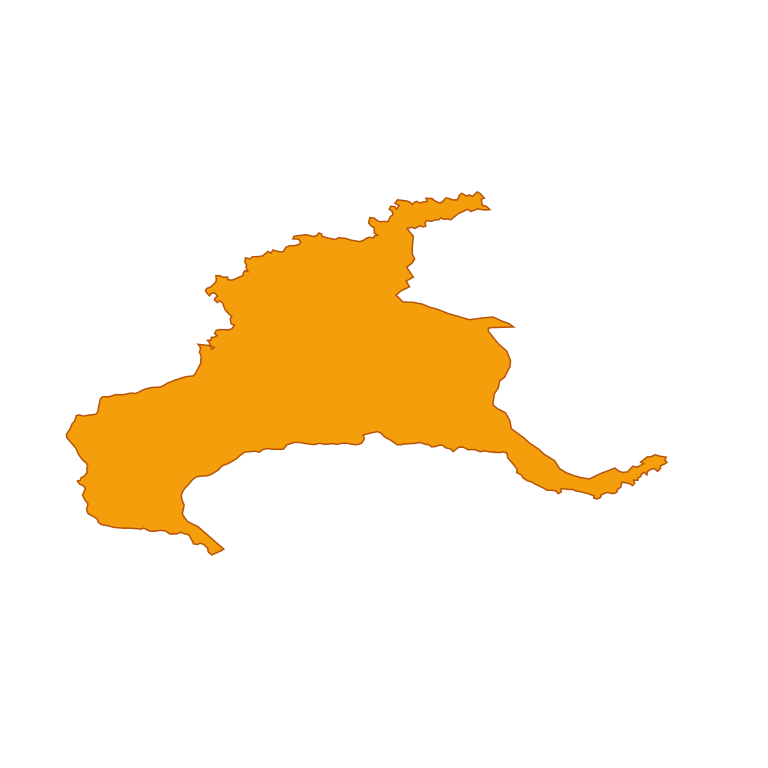 outline of Matrinchã, Goiás, Brazil, rotated 105°
{"feature_id": "56859067B90631259832996", "entity_name": "Matrinchã", "entity_type": "district", "adm_level": 2, "iso_a3": "BRA", "parent_name": "Brazil", "parent_adm1": "Goiás", "projection": "equal_earth", "projection_center": [-50.792, -15.31], "detail": "fine", "context": "isolated", "style": "filled", "palette": "amber", "viewbox_px": 768, "rotation_deg": 105, "n_neighbors": 0, "source": "geoboundaries", "source_scale": "gbopen_adm2", "svg_char_len": 6067}
<svg xmlns="http://www.w3.org/2000/svg" viewBox="0 0 768 768"><g transform="rotate(105 384 384)"><path d="M381.6,92.4L382.3,98.6L382.2,103.9L384.8,106.8L386.4,111.0L393.1,115.9L393.9,112.6L398.9,118.1L399.0,122.4L405.9,126.1L407.7,130.7L407.3,134.9L405.5,139.2L414.4,151.5L422.6,161.1L423.5,169.4L423.4,176.3L422.7,184.4L420.3,192.5L414.1,199.1L410.1,211.9L406.9,217.7L403.2,228.5L399.8,235.1L394.2,249.5L386.7,253.0L380.3,259.4L378.5,267.8L376.1,273.4L364.8,274.9L358.2,272.5L351.2,273.1L345.8,269.0L340.7,268.3L334.5,266.8L328.8,267.8L320.5,273.9L315.7,283.8L306.0,297.0L303.1,297.5L301.6,294.4L295.4,273.6L293.3,279.0L292.8,285.8L291.1,296.0L294.7,306.0L299.8,318.1L299.3,340.5L298.0,351.9L298.0,359.8L296.9,367.7L297.6,377.1L299.9,386.8L295.0,395.4L289.8,391.8L283.5,384.5L278.7,389.2L273.3,383.3L265.3,392.3L260.2,388.3L255.3,386.7L251.5,390.1L245.9,391.8L238.6,393.1L233.6,393.9L230.7,398.3L227.7,402.0L225.3,397.5L225.8,394.5L221.9,390.3L222.1,386.8L220.6,384.5L217.7,386.2L215.0,384.7L214.5,380.1L212.5,377.4L211.2,373.5L208.7,372.2L209.5,369.1L208.2,365.6L208.0,361.9L200.6,356.7L196.4,351.7L193.5,348.4L194.9,344.8L193.0,342.1L190.6,338.9L190.3,335.2L189.8,331.3L188.1,326.9L186.0,331.0L185.9,335.3L182.6,336.8L180.3,337.8L178.5,335.3L175.2,340.2L174.3,343.7L177.0,345.3L180.0,347.1L179.3,350.9L181.1,352.6L180.4,355.5L179.6,358.2L182.1,360.0L184.8,360.3L187.3,361.1L188.4,365.4L187.9,369.1L188.4,372.6L191.8,374.1L194.6,376.6L194.4,380.2L193.7,383.0L192.4,385.5L193.8,391.6L196.5,389.5L198.0,393.2L200.0,396.4L199.1,399.5L200.6,401.7L203.2,403.1L201.7,405.6L201.3,409.6L202.6,418.6L206.5,420.3L207.7,415.6L212.0,417.3L209.9,419.4L210.5,423.4L213.9,424.2L215.1,420.8L218.0,419.2L220.8,421.2L226.1,422.1L227.2,426.9L228.3,429.5L228.1,432.5L226.4,436.2L226.8,440.8L229.0,440.7L232.4,440.6L234.9,437.0L235.5,433.9L240.6,432.5L241.9,428.8L243.2,431.3L245.8,432.3L246.0,436.2L248.2,439.1L250.7,441.1L252.8,444.5L253.2,449.1L253.6,453.4L253.3,458.7L254.5,466.0L257.0,468.0L257.5,475.6L257.4,482.2L255.3,483.0L255.0,486.0L258.8,487.9L259.9,491.3L259.8,497.7L261.6,501.8L263.0,505.8L264.9,509.3L267.4,509.6L266.2,503.9L268.6,501.1L271.0,502.1L273.4,505.9L274.8,510.7L277.3,514.2L282.1,515.5L283.3,518.3L283.4,526.0L286.9,527.1L285.9,530.4L288.2,532.0L291.5,534.2L293.6,538.7L295.0,543.8L297.8,545.7L298.0,550.5L302.5,549.9L304.7,547.4L307.1,547.5L310.6,544.6L310.5,547.9L313.4,548.6L315.7,548.2L317.8,551.1L320.6,554.3L323.1,557.8L323.6,561.5L321.1,562.9L322.6,567.0L321.9,570.6L322.9,574.4L327.5,572.7L329.7,573.2L335.2,576.5L337.6,580.0L340.0,580.6L342.2,578.3L344.0,575.4L340.5,573.9L340.2,570.4L342.5,567.4L344.3,569.3L346.6,569.6L348.5,566.0L346.2,564.4L347.6,560.7L351.1,558.5L353.5,556.6L356.3,552.2L358.5,548.4L360.7,549.4L363.2,548.3L365.5,547.1L365.7,543.8L370.2,545.3L372.2,548.9L372.8,552.1L373.9,556.4L375.6,559.9L379.0,560.7L380.4,557.8L382.8,560.1L383.6,562.9L386.3,562.3L387.6,565.8L389.5,563.1L391.9,561.9L392.9,568.0L393.8,573.8L395.5,571.4L398.0,570.3L401.0,570.6L404.4,567.7L408.4,567.2L411.7,566.3L414.4,567.2L416.8,567.4L419.2,568.2L422.8,568.8L425.9,570.8L427.1,574.7L428.5,577.7L432.2,583.5L434.6,587.4L436.4,589.3L438.2,592.3L441.1,595.2L443.7,597.6L445.5,600.9L446.2,603.8L448.2,608.9L449.6,611.3L451.1,613.9L452.8,616.1L454.8,618.1L457.4,621.4L458.3,626.2L460.4,630.3L462.1,633.8L463.7,640.5L467.4,646.1L469.1,652.4L471.4,653.9L474.0,654.1L476.2,653.8L479.8,653.8L484.4,653.2L487.6,654.2L488.7,656.6L490.9,662.2L492.9,666.2L492.7,670.5L494.2,673.1L497.8,673.1L500.1,673.2L502.9,674.9L508.3,675.6L511.4,676.5L514.5,677.7L517.6,676.7L520.8,672.3L524.0,667.5L526.5,664.3L529.9,661.9L533.3,658.2L535.9,654.5L537.4,651.0L539.7,649.0L542.6,649.3L546.2,647.7L548.3,648.8L550.5,649.7L552.8,652.2L555.8,652.5L557.0,655.0L559.4,652.4L560.4,647.1L562.9,645.3L565.8,645.9L569.4,646.4L572.6,643.6L574.4,641.8L576.3,639.0L578.6,638.8L582.3,638.8L585.9,636.2L586.6,633.2L587.5,629.3L588.6,626.2L591.5,624.2L593.0,620.6L592.3,612.9L592.4,607.3L591.6,603.3L590.7,598.2L589.1,592.3L588.4,588.8L587.7,585.0L587.1,581.3L585.4,578.6L586.7,572.0L585.6,567.4L583.2,562.2L582.5,556.9L584.4,551.8L582.2,544.9L579.9,542.7L580.3,538.2L580.2,533.6L585.0,528.8L587.7,526.7L587.2,522.4L585.5,520.7L585.5,516.9L588.3,511.8L591.6,510.4L593.7,506.1L587.1,498.0L585.0,496.0L569.8,527.1L568.9,532.3L567.6,538.3L564.4,542.4L561.6,545.2L552.7,545.7L547.9,549.4L544.1,551.0L540.1,550.7L536.3,549.4L531.6,546.8L526.3,544.4L522.5,541.6L520.4,537.2L519.4,533.6L518.0,530.2L515.6,527.1L509.6,521.5L507.2,520.5L504.3,518.6L501.5,514.2L494.5,507.2L490.2,504.5L485.9,501.0L482.3,491.3L482.0,486.6L478.7,484.2L476.6,479.8L475.4,472.8L473.1,464.3L467.9,462.1L463.4,455.0L462.1,449.1L461.8,443.7L460.6,435.7L457.9,430.8L457.6,425.2L455.1,418.9L454.4,413.5L452.2,409.4L450.8,404.4L450.4,398.5L449.7,394.6L447.2,390.5L444.9,389.5L441.8,388.8L438.8,391.0L434.1,383.0L431.7,377.9L432.1,374.4L435.0,369.6L436.6,362.8L439.3,355.7L438.2,351.7L436.5,348.3L433.3,338.6L431.2,334.4L431.5,327.9L431.1,324.7L432.4,321.6L430.9,317.7L429.0,315.1L428.0,311.7L429.7,308.1L429.4,303.0L431.4,299.6L429.0,298.0L425.8,295.5L424.6,291.4L425.0,288.4L425.8,285.6L424.8,282.8L423.8,279.0L424.5,273.6L422.7,269.8L422.2,264.9L421.3,258.8L420.0,253.6L418.6,251.3L419.1,247.2L423.2,245.5L426.7,240.3L429.0,237.0L431.9,233.4L435.2,232.9L436.4,227.4L438.5,225.8L440.3,220.7L440.5,215.7L441.7,211.3L442.3,207.8L442.9,204.7L443.5,201.7L444.5,199.0L443.5,195.6L442.7,190.8L444.8,187.2L442.3,184.9L439.5,186.0L438.4,181.9L438.3,178.8L437.0,174.8L437.6,171.3L437.2,165.7L437.2,161.6L437.1,157.9L437.8,152.3L440.0,151.8L439.9,148.5L437.5,145.4L435.2,145.6L432.3,142.6L430.8,139.7L431.0,136.4L430.3,133.6L428.2,131.1L425.3,131.1L422.6,128.7L420.1,128.7L417.3,128.8L416.8,124.2L416.8,120.5L417.8,117.6L415.1,116.2L412.3,118.2L411.2,113.8L408.9,114.3L406.8,111.9L404.6,112.1L402.0,110.1L403.7,106.5L400.4,106.9L397.0,103.9L395.8,100.5L397.6,97.2L394.2,95.1L391.4,95.9L389.3,93.0L386.5,90.3L384.7,93.1L381.6,92.4ZM391.9,561.9L392.6,557.4L395.2,559.6L391.9,561.9Z" fill="#f59e0b" stroke="#b45309" stroke-width="1.5"/></g></svg>